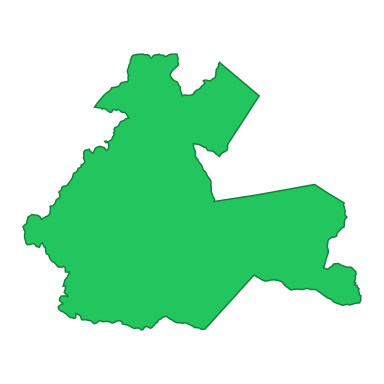 Quixadá, Ceará, Brazil
{"feature_id": "56859067B59231090145989", "entity_name": "Quixadá", "entity_type": "district", "adm_level": 2, "iso_a3": "BRA", "parent_name": "Brazil", "parent_adm1": "Ceará", "projection": "mercator", "projection_center": [-38.963, -4.916], "detail": "fine", "context": "isolated", "style": "filled", "palette": "green", "viewbox_px": 384, "rotation_deg": 0, "n_neighbors": 0, "source": "geoboundaries", "source_scale": "gbopen_adm2", "svg_char_len": 5894}
<svg xmlns="http://www.w3.org/2000/svg" viewBox="0 0 384 384"><path d="M359.7,302.8L360.8,300.2L360.7,297.7L361.0,295.8L359.3,294.5L359.2,292.8L358.6,290.7L359.0,288.5L357.3,287.5L357.0,285.3L354.4,284.7L355.8,282.9L354.2,281.8L355.1,280.0L355.5,277.6L355.1,276.0L356.2,274.3L355.6,271.3L354.0,270.1L352.9,268.7L351.5,267.5L349.9,267.0L348.1,267.2L346.2,267.1L343.8,266.0L341.1,265.1L339.5,264.1L338.1,263.4L333.4,264.1L332.4,265.8L330.6,267.0L327.3,269.4L323.4,267.6L324.5,265.4L326.2,258.6L328.0,253.6L328.2,251.9L328.2,249.8L327.4,247.5L327.0,245.3L327.8,243.6L327.9,240.6L329.9,238.5L331.7,237.4L334.3,237.2L336.7,236.0L337.0,233.3L338.9,231.2L341.8,228.1L343.8,227.3L344.3,225.4L344.4,223.0L344.5,221.1L345.0,219.2L346.9,217.2L345.2,215.2L344.7,213.5L345.3,211.5L344.6,208.9L344.2,206.9L343.5,204.8L344.1,202.9L326.4,192.2L314.7,184.5L308.7,185.5L280.4,190.7L256.4,195.0L214.2,201.5L214.7,199.3L213.2,197.1L212.4,194.4L211.2,192.0L211.3,189.5L211.2,187.1L210.9,185.0L211.0,182.4L210.8,180.8L209.8,179.1L208.4,177.5L207.3,175.7L206.1,172.9L204.6,171.1L203.3,169.9L202.5,167.5L201.7,165.4L198.6,161.6L197.9,159.7L196.9,158.4L195.8,157.2L195.2,155.5L195.5,153.8L195.4,151.6L194.6,149.7L193.8,148.0L193.5,146.4L193.6,143.7L198.8,144.5L201.0,145.4L203.7,147.1L206.0,147.6L207.6,150.4L209.8,150.8L211.5,150.9L213.4,151.5L214.9,152.8L216.0,154.0L217.8,155.0L219.2,156.6L220.4,155.3L221.2,153.7L223.1,152.5L225.5,151.3L227.2,149.9L227.7,147.9L227.4,146.3L227.8,144.3L253.0,105.4L259.2,95.9L219.5,62.4L218.6,63.9L218.4,66.6L216.2,69.8L215.7,75.8L214.8,78.1L213.2,78.5L210.2,80.9L205.5,80.1L203.4,80.6L204.9,83.5L203.3,84.7L201.3,86.6L199.4,89.0L197.6,89.7L196.2,90.4L195.1,91.6L193.8,92.9L193.1,94.4L191.4,95.0L189.2,95.4L187.0,95.3L184.7,95.0L182.1,95.6L181.6,93.4L180.4,90.6L180.5,88.5L180.0,86.8L178.6,85.1L178.0,83.3L176.8,81.7L174.6,80.9L172.8,79.4L170.4,76.1L170.4,74.4L170.9,72.9L172.3,70.9L177.5,65.9L178.6,64.5L177.7,62.0L178.0,59.6L178.0,57.7L177.4,56.1L176.8,54.1L170.7,54.2L168.7,55.0L166.6,56.2L164.9,56.4L163.3,55.2L161.0,55.2L159.1,54.2L157.2,54.9L155.4,54.8L153.3,55.7L151.6,57.9L150.1,57.3L149.3,55.4L147.1,54.7L144.9,54.8L143.2,54.1L141.1,54.2L138.2,54.2L135.6,54.8L133.0,55.3L131.7,56.7L131.3,58.5L130.3,59.8L130.4,62.4L129.1,65.0L128.7,67.0L128.1,68.6L127.3,70.8L127.9,73.6L128.5,75.4L128.0,77.4L128.3,80.1L127.4,82.1L125.3,81.7L123.6,82.4L121.6,82.5L120.4,83.7L119.7,85.4L118.2,86.4L115.6,87.2L113.8,87.4L111.7,87.7L110.8,89.3L109.4,91.1L107.9,92.1L106.2,93.2L104.0,95.2L97.7,102.6L94.5,107.1L98.1,107.7L100.8,107.9L102.3,109.2L103.6,108.2L105.5,109.2L107.7,110.7L109.8,112.3L111.7,112.1L113.0,109.5L114.7,109.6L116.5,110.3L118.1,109.7L119.6,110.0L120.9,111.7L122.6,112.4L124.9,112.4L126.4,114.0L127.6,116.1L128.7,118.1L125.8,118.7L124.3,120.3L120.6,121.7L118.3,126.0L116.5,127.1L114.9,127.6L114.0,129.4L114.8,130.8L113.5,132.9L114.2,135.0L112.5,137.0L111.8,139.5L109.9,140.7L108.1,142.1L108.7,145.5L108.5,148.4L106.8,150.5L105.3,149.1L104.3,147.7L100.0,146.3L97.7,146.9L95.3,148.2L94.0,151.3L93.1,153.2L90.2,151.2L89.0,149.2L87.2,149.9L85.1,150.2L84.0,151.7L83.6,153.6L84.1,155.5L83.4,157.5L84.1,159.5L85.0,162.0L83.5,163.7L81.1,165.0L81.4,166.7L79.7,167.7L78.1,168.5L77.6,170.1L76.7,171.8L74.2,172.9L73.2,174.5L72.9,176.3L72.3,177.8L71.2,179.7L70.1,181.5L68.2,183.6L67.4,185.2L65.0,186.1L63.4,186.2L61.9,187.3L61.6,189.6L58.9,192.1L59.6,194.0L59.9,195.6L59.9,197.2L58.1,198.5L56.1,200.1L55.5,202.2L54.3,204.4L52.8,205.7L50.1,206.3L50.4,209.5L49.8,213.5L48.6,215.2L47.4,216.2L45.5,216.8L44.1,217.7L41.4,219.2L39.7,216.6L38.1,215.5L36.1,215.2L34.4,214.9L31.9,214.5L29.4,216.3L27.8,217.3L27.4,219.9L26.7,221.6L26.8,223.3L23.0,226.6L23.7,228.7L25.1,232.1L24.6,234.5L24.6,237.8L25.6,241.2L26.0,243.5L27.7,244.8L29.8,244.6L31.6,243.8L33.9,243.7L35.5,244.9L36.2,246.5L37.8,246.8L39.4,247.4L40.6,244.2L42.3,243.0L43.2,244.8L43.9,246.6L45.4,247.7L45.6,250.3L45.9,252.4L46.6,254.0L48.9,254.9L49.4,257.6L50.5,259.5L51.5,260.9L53.5,262.2L55.4,263.5L57.0,265.8L58.4,267.1L60.1,267.0L62.1,267.2L63.8,266.4L65.4,267.6L65.2,269.8L65.4,272.0L69.6,272.1L68.6,274.2L67.6,276.7L65.8,278.8L64.6,280.6L64.4,282.3L63.6,284.4L63.1,286.1L65.4,286.1L65.5,288.3L64.2,292.3L65.5,293.9L67.4,294.9L67.9,296.6L66.0,296.0L63.7,295.9L61.2,296.1L59.9,297.8L59.4,300.4L61.1,302.0L62.9,303.9L60.0,305.3L58.3,306.7L58.5,308.7L60.6,310.9L63.3,312.0L65.8,313.7L68.3,315.9L70.0,317.5L72.1,317.7L74.1,318.5L75.7,317.8L75.7,316.2L76.1,313.5L77.9,314.3L80.3,315.8L81.0,317.8L81.6,319.7L84.0,319.9L86.0,319.7L88.8,320.5L90.5,320.6L91.9,321.7L94.1,323.8L95.9,323.2L97.3,322.4L98.6,321.2L100.1,320.5L102.3,321.7L106.1,321.5L108.1,321.5L110.0,321.8L111.3,322.8L112.9,323.0L118.0,320.7L120.5,320.9L121.7,322.0L122.3,323.9L127.1,324.9L130.3,326.5L132.0,327.5L134.2,328.4L137.1,328.0L139.7,328.2L140.9,329.9L142.9,329.8L144.3,327.6L146.3,326.3L148.1,327.0L150.1,328.2L151.9,327.7L153.1,326.2L154.4,325.2L155.4,323.3L157.5,322.3L158.5,320.0L161.2,318.8L162.7,317.3L166.4,316.3L169.6,318.9L171.8,319.8L173.8,321.1L175.9,322.4L178.0,322.9L180.6,322.7L182.7,323.4L184.4,322.9L186.0,322.8L187.5,323.7L189.6,324.6L191.5,325.5L193.0,326.3L194.4,327.6L196.6,327.6L198.9,327.9L201.3,329.2L203.6,329.5L205.3,328.8L254.0,275.1L256.2,276.4L260.1,278.6L262.5,280.1L264.8,281.0L267.7,280.9L270.7,280.0L273.0,279.9L274.9,279.9L277.4,280.3L279.6,280.9L281.6,281.7L282.8,282.8L283.9,284.4L285.4,285.9L287.2,287.2L289.5,289.1L291.5,290.0L293.2,289.4L295.3,289.3L297.2,289.0L299.0,289.3L301.6,289.5L303.7,289.3L305.4,288.6L307.7,288.5L309.9,289.3L311.7,289.6L313.6,289.4L315.4,289.5L316.8,290.3L318.3,291.3L321.6,293.7L324.8,296.0L326.2,297.0L327.6,298.0L329.6,298.8L331.5,299.4L332.8,301.0L334.4,302.4L336.3,303.0L338.2,303.7L340.2,304.3L342.0,305.2L344.7,304.8L347.4,304.4L350.1,304.9L352.7,304.2L354.3,303.5L359.7,302.8ZM108.1,142.1L106.6,141.1L104.8,141.3L105.9,142.7L108.1,142.1Z" fill="#22c55e" stroke="#15803d" stroke-width="1.5"/></svg>